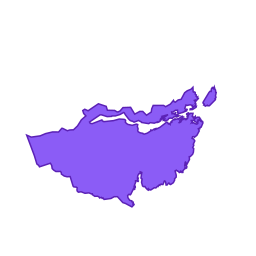 Ballangen nor, Nordland, Norway (orthographic projection), rotated 132°
{"feature_id": "86288312B95710758455481", "entity_name": "Ballangen nor", "entity_type": "district", "adm_level": 2, "iso_a3": "NOR", "parent_name": "Norway", "parent_adm1": "Nordland", "projection": "orthographic", "projection_center": [16.618, 68.237], "detail": "fine", "context": "isolated", "style": "filled", "palette": "violet", "viewbox_px": 256, "rotation_deg": 132, "n_neighbors": 0, "source": "geoboundaries", "source_scale": "gbopen_adm2", "svg_char_len": 5590}
<svg xmlns="http://www.w3.org/2000/svg" viewBox="0 0 256 256"><g transform="rotate(132 128 128)"><path d="M184.0,72.3L180.9,72.2L180.7,72.7L181.4,72.6L181.4,73.3L179.6,74.5L180.2,75.8L179.6,76.2L179.7,76.6L180.6,78.4L179.8,81.5L178.4,83.1L176.5,82.9L176.3,81.7L175.2,81.6L169.4,83.3L169.2,83.0L169.5,82.3L168.8,82.1L167.8,83.2L167.9,84.0L167.5,84.2L167.0,83.1L166.4,83.7L166.7,84.3L166.4,84.8L163.3,86.0L162.2,87.1L161.1,86.3L161.3,85.8L160.4,86.0L161.1,85.3L160.8,84.7L160.4,84.9L160.5,85.6L158.6,86.7L159.2,87.0L159.1,87.3L156.8,88.9L154.5,89.3L153.7,88.5L152.4,89.6L151.8,88.0L156.2,85.1L156.7,84.5L156.5,83.4L159.3,81.6L161.3,78.5L161.3,77.4L160.1,76.2L160.5,75.4L160.8,72.3L159.7,72.3L160.4,71.2L159.2,70.8L159.2,70.1L158.8,69.6L154.8,68.5L153.9,67.2L151.5,67.1L151.4,66.5L149.8,66.8L149.3,65.9L148.7,66.4L147.4,65.7L147.4,65.1L146.6,64.2L143.0,65.5L142.7,65.2L143.0,63.9L144.9,61.5L144.1,60.8L141.8,61.0L141.4,60.4L141.8,59.2L141.5,58.5L138.3,57.7L135.4,58.5L134.6,59.4L132.3,59.3L130.7,60.7L128.4,64.3L127.1,63.9L127.3,63.5L126.7,62.7L126.9,62.3L126.5,61.5L126.8,60.1L125.8,59.5L124.9,60.1L124.4,59.0L124.9,58.8L125.0,58.1L124.3,57.5L123.0,58.6L120.3,58.6L119.1,59.3L119.4,58.0L118.5,57.7L117.3,58.4L116.4,61.0L118.5,60.3L115.2,62.6L114.8,62.5L114.9,61.8L115.8,60.7L115.6,59.9L110.3,61.2L108.3,63.3L107.6,62.6L104.3,62.4L102.2,63.2L99.3,65.4L99.3,66.8L96.7,67.6L96.4,68.6L92.9,69.7L92.4,71.5L92.6,72.3L92.3,72.6L92.8,73.5L91.3,74.2L90.2,73.2L90.4,72.4L87.3,71.9L82.5,73.1L81.5,75.3L80.6,74.9L80.9,74.5L80.6,74.1L79.1,74.8L78.4,74.2L74.1,75.7L73.2,76.9L73.4,77.9L74.0,77.5L74.2,78.2L73.5,78.2L73.1,79.3L74.0,79.4L74.2,80.2L76.4,80.6L75.1,81.4L74.9,80.6L74.5,80.5L72.5,80.9L72.8,82.0L72.4,82.3L73.4,83.6L75.5,84.3L74.2,85.8L76.0,85.9L77.2,84.3L78.5,83.7L78.0,83.7L78.3,83.0L77.9,80.4L77.0,80.0L78.0,79.1L79.2,79.5L80.1,81.7L80.1,82.6L81.1,83.4L80.5,84.0L81.4,84.3L80.1,84.6L80.1,85.9L80.6,86.6L78.4,84.3L77.3,84.5L76.6,85.4L76.8,86.3L76.0,87.3L76.3,88.0L73.6,89.5L75.2,91.4L77.3,91.8L76.2,92.2L77.7,92.3L76.3,93.2L76.5,93.4L78.2,93.9L78.6,93.6L78.4,92.7L79.4,92.1L77.8,91.9L81.1,90.1L83.6,90.6L82.5,90.9L83.3,91.2L82.8,92.0L83.1,92.5L84.8,92.7L85.2,93.1L84.8,93.4L85.0,93.5L88.4,92.8L88.8,93.3L89.2,93.2L89.7,93.4L89.8,93.6L88.3,93.6L88.6,93.7L87.5,94.7L82.8,94.3L83.3,95.3L83.0,95.5L83.8,96.0L88.5,96.6L87.4,96.9L89.9,98.5L89.5,98.6L89.7,99.2L91.9,99.9L94.6,100.2L94.8,99.7L93.7,99.5L94.5,99.3L96.2,100.0L97.2,99.0L97.4,100.1L97.8,100.4L97.6,100.8L97.9,101.2L97.3,102.3L97.9,103.2L106.0,104.7L110.9,106.7L110.0,107.1L111.6,108.0L113.7,108.4L114.3,108.9L113.9,109.1L114.1,109.7L115.1,109.2L118.9,110.2L121.6,111.8L122.2,112.9L122.0,113.4L123.4,115.6L124.0,117.9L123.4,119.1L121.9,119.9L120.7,122.0L118.9,123.1L119.5,124.4L123.2,126.7L125.4,130.5L125.6,132.0L125.5,133.8L124.0,134.8L123.8,135.7L124.1,136.6L127.2,140.5L132.2,143.7L138.9,149.7L139.7,150.7L139.6,151.1L139.9,152.1L139.5,152.8L148.7,157.5L149.8,159.1L149.3,160.6L137.0,157.6L136.0,156.6L133.5,151.1L130.3,147.9L129.8,148.0L127.5,145.5L123.4,143.0L119.4,141.6L119.2,141.1L119.9,138.9L120.9,133.6L121.0,131.5L120.6,130.2L120.0,129.3L119.6,127.4L115.4,125.2L114.6,122.2L114.8,121.6L110.9,115.5L109.2,115.1L106.8,111.7L103.7,110.1L104.1,109.8L103.0,109.1L100.9,108.6L99.9,108.8L101.3,109.4L97.0,109.6L97.5,109.9L96.5,109.9L96.5,110.5L91.3,107.2L98.8,108.8L96.8,106.8L98.5,106.7L97.7,106.0L98.1,105.8L97.9,105.0L95.2,103.8L93.7,104.1L92.0,102.9L91.3,101.6L89.2,101.4L87.2,99.9L87.4,99.4L87.0,99.0L85.0,98.3L85.9,99.4L85.0,99.4L84.7,99.9L84.9,100.3L86.2,101.0L86.8,102.3L84.1,102.7L86.2,103.3L88.0,104.8L86.9,106.3L86.1,105.3L83.2,104.7L81.6,103.1L83.4,101.2L83.2,100.8L83.6,100.0L78.6,97.1L77.4,97.2L76.8,96.9L77.9,96.8L76.0,95.9L75.6,96.3L76.8,96.8L74.8,96.3L74.6,96.8L75.7,97.9L75.5,98.9L72.1,100.3L71.7,99.2L69.2,97.4L68.4,95.8L68.7,95.2L68.1,95.0L68.9,94.5L68.4,93.6L69.3,93.4L70.8,93.5L72.2,94.6L72.9,94.1L71.1,92.4L67.0,91.3L66.0,91.8L66.3,92.1L66.1,92.2L66.3,92.8L66.9,93.1L64.7,93.5L64.9,94.6L62.9,95.5L63.3,96.5L63.1,97.2L62.2,96.7L62.6,96.4L62.1,95.5L58.8,95.5L58.4,95.9L59.4,95.5L59.7,96.1L58.5,96.9L59.1,97.0L58.5,98.1L58.8,98.7L57.7,99.4L57.9,100.7L56.7,101.7L56.6,102.6L57.3,103.0L57.5,103.8L54.3,107.0L57.0,107.1L60.7,108.9L63.9,109.5L71.1,107.7L73.6,109.5L77.2,110.1L77.6,111.6L77.0,112.7L81.9,112.5L87.0,114.3L87.4,116.7L94.4,124.4L97.9,123.2L100.6,121.4L106.1,122.8L105.8,128.1L107.7,130.3L113.2,132.3L110.9,139.9L116.2,145.4L120.6,145.3L122.8,146.2L123.4,147.1L123.9,149.7L128.6,155.2L126.5,158.7L129.8,166.2L141.9,169.2L143.0,172.7L145.3,173.3L146.9,170.6L147.2,167.4L153.1,168.1L160.3,166.9L165.8,167.3L168.5,170.0L170.6,171.2L172.0,176.3L172.5,177.0L177.4,176.9L181.5,181.5L187.3,185.5L192.6,188.0L199.5,193.8L201.1,198.5L211.2,179.1L215.5,172.0L215.8,171.2L215.5,169.5L216.1,167.8L206.1,162.1L206.9,159.6L208.9,157.2L209.0,154.9L208.6,152.5L205.5,149.1L205.8,147.7L206.8,146.7L206.4,143.3L205.0,140.6L202.8,138.5L208.0,129.8L208.0,128.8L206.5,126.8L206.4,125.8L208.3,124.4L209.0,123.1L208.8,121.8L206.8,120.2L205.3,116.3L202.3,113.6L201.6,111.4L200.8,110.5L201.4,110.0L201.0,107.0L199.1,105.0L198.6,103.7L199.0,102.3L197.4,101.4L197.6,100.1L196.7,99.9L197.1,98.0L191.8,93.5L188.3,92.3L186.1,89.9L186.9,81.9L185.8,79.5L184.0,72.3ZM57.0,82.4L48.5,82.0L47.9,82.4L48.0,82.9L46.2,83.2L45.7,84.4L42.6,86.2L42.9,86.6L41.2,88.4L41.1,89.2L39.9,91.1L42.0,90.0L41.2,91.1L41.4,91.3L41.0,91.7L41.6,91.9L40.8,92.6L41.1,92.5L43.2,92.2L45.2,90.7L45.8,91.6L47.4,91.6L58.4,89.5L59.2,89.1L59.3,87.3L60.3,87.1L59.9,86.2L60.1,85.2L57.9,84.2L58.1,83.6L57.0,82.4Z" fill="#8b5cf6" stroke="#5b21b6" stroke-width="1.5"/></g></svg>